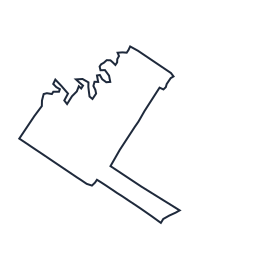 Ubiretama, Rio Grande do Sul, Brazil (Natural Earth projection), rotated 124°
{"feature_id": "56859067B41262426681364", "entity_name": "Ubiretama", "entity_type": "district", "adm_level": 2, "iso_a3": "BRA", "parent_name": "Brazil", "parent_adm1": "Rio Grande do Sul", "projection": "natural_earth1", "projection_center": [-54.665, -28.017], "detail": "fine", "context": "isolated", "style": "outline", "palette": "slate", "viewbox_px": 256, "rotation_deg": 124, "n_neighbors": 0, "source": "geoboundaries", "source_scale": "gbopen_adm2", "svg_char_len": 1392}
<svg xmlns="http://www.w3.org/2000/svg" viewBox="0 0 256 256"><g transform="rotate(124 128 128)"><path d="M59.2,171.8L63.2,171.2L66.3,171.2L68.4,174.9L71.4,178.7L73.4,175.7L76.9,175.4L79.7,173.7L82.8,173.7L82.1,177.4L81.7,180.4L83.7,183.6L87.4,184.5L90.2,185.9L92.9,185.9L95.5,183.1L92.9,179.5L95.2,173.0L99.7,168.5L102.2,171.6L102.0,176.6L99.8,181.0L101.8,183.1L106.5,178.5L108.4,181.6L112.5,180.2L114.7,176.3L117.3,173.7L123.8,173.7L123.4,177.5L120.8,179.8L116.2,183.8L112.3,186.3L112.8,193.1L116.8,198.3L117.5,193.8L118.0,189.0L121.4,188.9L120.9,192.1L126.3,190.9L133.0,192.2L142.2,191.9L140.8,196.2L133.0,197.0L130.3,207.0L128.5,215.3L133.3,214.6L134.2,210.3L133.9,206.2L136.5,205.5L139.7,210.2L142.4,210.1L144.5,214.7L147.0,216.9L153.3,214.7L158.0,211.7L170.3,212.3L197.6,212.2L197.5,180.7L197.5,174.3L197.5,169.4L197.5,162.0L197.5,156.1L197.5,148.6L197.5,142.5L197.4,138.5L197.4,134.6L197.4,131.0L195.9,125.7L191.7,124.8L188.3,124.8L188.1,120.0L188.0,113.7L188.0,100.5L187.8,94.9L187.8,86.6L187.7,72.5L187.9,58.8L188.3,47.7L183.7,47.9L177.5,44.8L171.6,41.2L167.4,39.1L169.1,84.0L169.4,121.2L150.6,122.6L123.3,123.0L117.2,122.9L114.0,123.1L104.7,123.8L76.9,124.4L76.2,120.2L73.0,119.5L69.9,120.5L66.4,120.5L62.8,120.5L59.8,119.1L58.4,123.1L58.4,127.1L58.4,130.3L58.4,139.9L58.4,146.1L58.4,154.6L58.4,158.6L58.4,162.9L59.2,171.8Z" fill="none" stroke="#1e293b" stroke-width="2"/></g></svg>